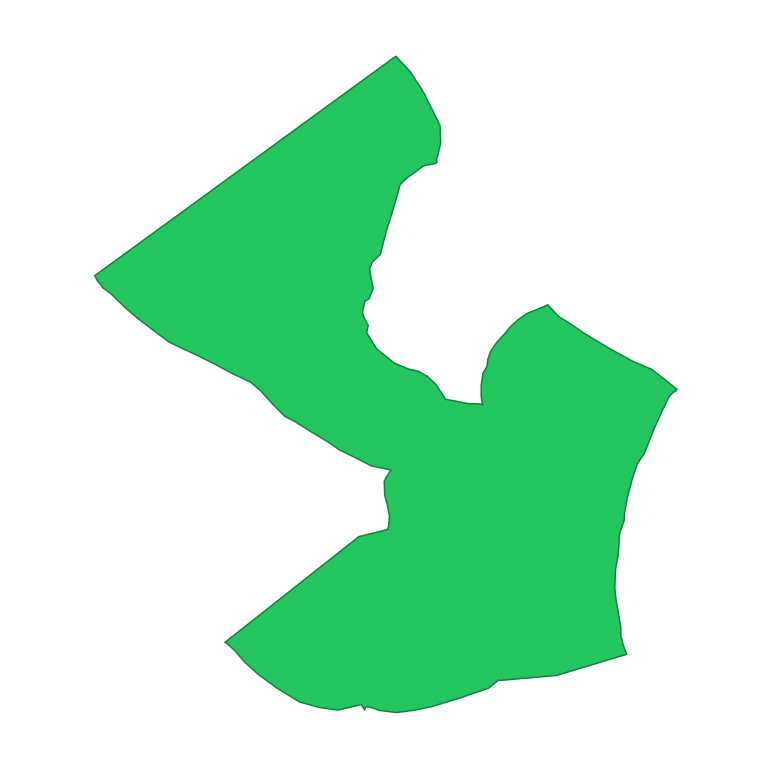 Village, Anse-la-Raye, Saint Lucia, rotated 182°
{"feature_id": "8701671B42639255298272", "entity_name": "Village", "entity_type": "district", "adm_level": 2, "iso_a3": "LCA", "parent_name": "Saint Lucia", "parent_adm1": "Anse-la-Raye", "projection": "albers", "projection_center": [-61.042, 13.939], "detail": "fine", "context": "isolated", "style": "filled", "palette": "green", "viewbox_px": 768, "rotation_deg": 182, "n_neighbors": 0, "source": "geoboundaries", "source_scale": "gbopen_adm2", "svg_char_len": 2706}
<svg xmlns="http://www.w3.org/2000/svg" viewBox="0 0 768 768"><g transform="rotate(182 384 384)"><path d="M392.2,57.8L391.2,59.9L390.4,60.9L389.1,60.7L385.6,60.3L377.1,57.6L359.8,56.1L342.1,59.1L327.4,62.6L325.2,63.2L297.9,72.5L292.3,74.7L268.8,83.7L259.2,92.2L257.7,91.8L201.6,98.7L132.1,122.3L134.4,128.0L136.5,133.5L137.4,137.7L138.2,138.8L138.4,140.3L138.9,149.6L139.3,151.6L140.2,155.6L140.9,159.1L144.2,174.7L145.5,182.2L146.2,188.9L146.2,193.0L146.1,205.9L145.4,212.7L144.0,220.8L143.3,243.1L139.2,256.0L139.2,258.1L139.1,263.5L137.1,277.7L132.3,298.7L129.2,309.4L128.2,312.9L121.4,323.7L112.5,348.7L104.4,368.4L98.3,381.9L94.5,385.7L91.9,387.3L91.1,389.0L93.4,390.6L94.5,391.5L95.4,392.2L98.9,394.8L116.8,407.9L131.9,413.8L136.2,415.4L161.0,427.9L187.2,442.5L188.7,443.5L194.7,447.4L195.8,448.1L201.7,451.8L209.3,456.1L211.4,457.4L212.3,457.9L223.1,468.9L226.2,467.3L234.0,463.7L241.5,460.4L243.2,459.6L252.2,453.0L258.9,446.4L262.0,442.6L265.1,438.6L272.9,429.4L276.7,423.3L278.7,420.2L281.0,412.5L281.5,408.0L281.8,404.9L285.5,398.2L286.8,386.2L286.5,376.0L285.6,369.7L284.7,366.9L287.1,367.3L292.9,367.5L295.2,367.3L296.9,367.2L298.1,367.3L300.5,367.5L321.9,370.9L332.1,385.5L336.4,389.2L341.3,393.3L348.2,397.0L350.2,398.0L359.7,399.7L367.2,402.5L374.2,405.1L391.0,417.5L392.2,418.4L394.0,421.0L403.1,434.6L401.8,442.1L403.8,445.1L404.6,446.7L406.7,450.5L408.0,455.3L406.1,465.8L401.8,468.8L401.1,470.8L400.8,471.9L398.1,479.2L401.1,491.4L401.8,495.1L402.4,498.2L400.1,505.2L394.6,510.9L392.1,513.5L390.2,522.6L387.8,533.4L387.2,536.3L385.5,542.5L383.0,551.3L379.0,566.8L376.7,575.9L375.7,580.4L374.8,583.9L367.9,591.1L366.3,592.3L360.4,596.7L353.3,602.5L349.8,604.2L348.0,604.5L346.1,604.8L341.4,605.8L338.8,607.4L339.4,609.8L338.5,613.0L337.9,615.0L337.0,621.1L336.6,622.8L335.8,626.8L335.9,629.0L336.2,632.8L336.7,639.0L336.9,642.6L337.0,644.0L337.6,645.2L338.6,647.2L344.1,657.6L350.1,668.3L353.5,675.1L355.2,677.4L356.8,680.2L362.1,687.6L362.7,688.4L367.3,695.2L368.8,697.2L370.6,698.9L373.6,702.0L378.9,707.2L381.3,709.6L382.6,711.1L383.3,711.9L386.6,709.7L676.9,482.1L674.3,477.7L668.4,470.4L660.4,465.0L646.6,452.4L633.9,442.1L628.5,438.2L618.6,431.2L600.0,418.2L570.1,405.4L554.4,398.2L535.6,389.0L517.4,381.2L507.0,372.9L495.1,360.6L482.4,348.5L471.0,342.9L454.7,333.4L439.1,324.8L425.7,316.3L409.2,309.0L393.7,301.7L377.2,298.9L374.1,298.2L376.5,294.3L378.2,291.4L380.4,286.8L380.0,281.7L379.5,273.1L376.7,264.3L374.0,252.5L374.4,242.1L374.8,240.6L375.4,238.7L403.8,230.6L533.9,120.2L532.1,119.4L523.7,112.3L513.3,100.9L499.2,89.2L480.5,76.4L457.2,63.2L437.3,58.5L418.9,56.5L405.6,60.0L395.5,62.9L393.2,59.3L392.2,57.8Z" fill="#22c55e" stroke="#15803d" stroke-width="1.5"/></g></svg>